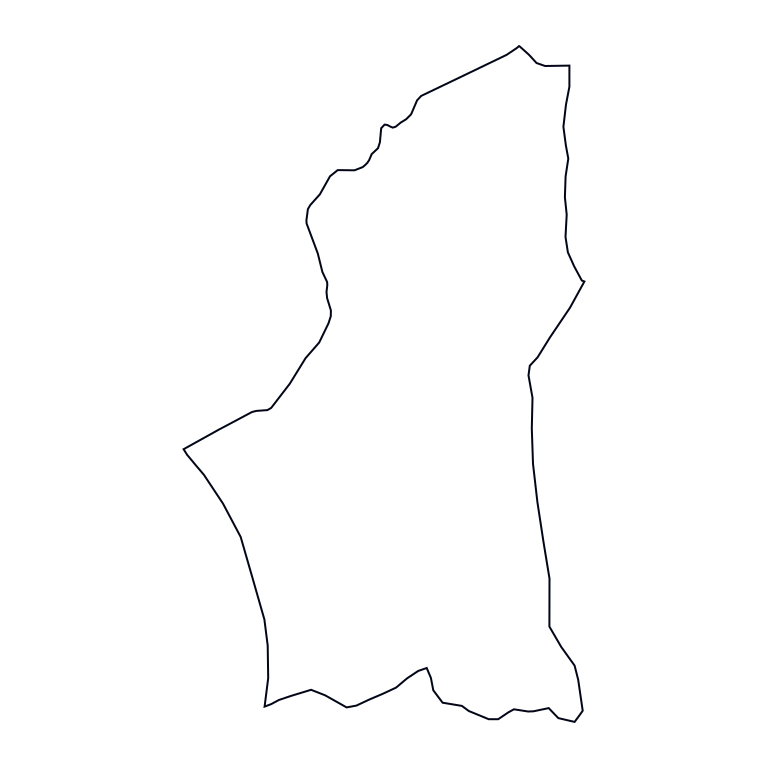 outline of Ghadamis
{"feature_id": "LBY-2882", "entity_name": "Ghadamis", "entity_type": "Municipality", "adm_level": 1, "iso_a3": "LBY", "parent_name": "Libya", "parent_adm1": "", "projection": "mercator", "projection_center": [10.859, 30.473], "detail": "fine", "context": "isolated", "style": "outline", "palette": "ink", "viewbox_px": 768, "rotation_deg": 0, "n_neighbors": 0, "source": "natural_earth", "source_scale": "10m", "svg_char_len": 1604}
<svg xmlns="http://www.w3.org/2000/svg" viewBox="0 0 768 768"><path d="M392.8,127.6L395.7,126.7L400.7,122.6L406.2,119.2L411.1,114.3L417.1,100.3L421.2,95.9L467.5,73.7L506.7,54.8L517.1,47.8L519.0,46.1L520.1,46.8L529.0,54.8L536.5,63.0L545.1,66.0L569.4,65.6L569.4,86.7L566.0,104.5L563.4,126.8L565.9,145.6L568.3,158.6L565.6,176.3L564.9,197.2L566.7,214.7L565.5,236.9L567.9,252.4L574.2,266.4L581.8,280.5L584.4,281.5L570.0,307.7L549.9,337.5L537.6,357.3L529.8,365.7L528.5,375.4L532.5,397.8L531.8,428.4L533.0,463.8L537.4,502.1L543.5,542.0L549.5,578.6L549.4,626.6L561.2,646.9L574.6,665.6L578.2,679.8L582.7,710.7L582.4,711.2L579.7,715.0L574.6,721.9L558.3,718.1L548.7,708.1L533.5,711.3L528.1,711.5L513.9,709.3L508.3,712.4L498.2,719.2L488.7,719.2L468.8,711.0L461.9,705.9L442.6,702.7L433.3,690.3L430.9,677.9L426.7,668.0L418.1,671.0L407.3,678.2L404.5,680.5L396.1,687.6L382.8,693.8L369.4,699.5L356.4,705.6L346.6,707.4L325.1,695.3L311.1,689.8L304.2,691.9L290.7,696.0L278.9,700.0L271.0,704.2L264.6,706.6L268.2,678.1L267.7,645.6L264.4,619.5L252.6,578.3L240.7,537.0L223.0,503.6L203.9,474.8L196.0,465.5L187.1,454.8L183.6,449.2L218.5,429.8L252.0,412.0L256.4,410.9L267.4,410.1L271.2,407.9L289.8,383.7L305.6,358.1L319.2,342.5L328.5,323.3L330.8,316.2L330.9,310.4L327.1,298.1L326.5,291.9L327.3,285.2L327.1,282.0L322.4,272.0L317.8,253.5L306.6,223.5L306.4,220.5L307.9,209.1L310.3,205.0L319.9,194.3L330.0,176.3L337.7,170.1L354.5,170.3L362.7,167.1L365.1,165.1L367.3,162.9L369.1,160.2L371.7,154.1L378.0,148.2L379.9,142.3L381.2,128.2L384.6,124.6L387.4,125.0L390.1,126.5L392.8,127.6Z" fill="none" stroke="#020617" stroke-width="2"/></svg>